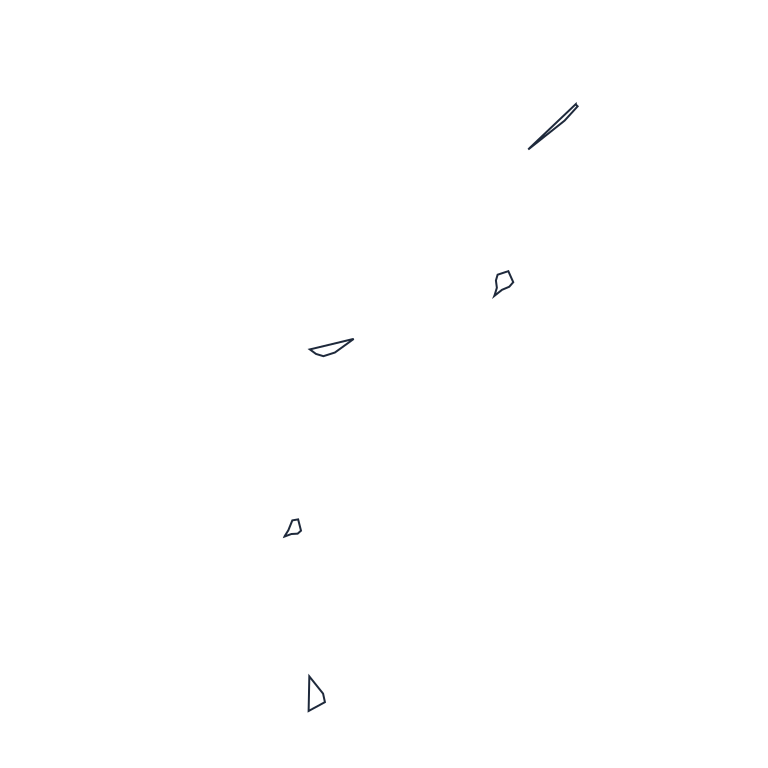 the Atoll of Noonu, rotated 202°
{"feature_id": "MDV-5227", "entity_name": "Noonu", "entity_type": "Atoll", "adm_level": 1, "iso_a3": "MDV", "parent_name": "Maldives", "parent_adm1": "", "projection": "natural_earth1", "projection_center": [73.406, 5.842], "detail": "fine", "context": "isolated", "style": "outline", "palette": "slate", "viewbox_px": 768, "rotation_deg": 202, "n_neighbors": 0, "source": "natural_earth", "source_scale": "10m", "svg_char_len": 669}
<svg xmlns="http://www.w3.org/2000/svg" viewBox="0 0 768 768"><g transform="rotate(202 384 384)"><path d="M331.4,52.6L343.7,84.9L324.5,74.1L319.6,66.9L331.4,52.6ZM465.7,388.3L429.7,414.0L429.0,414.4L441.3,394.8L450.6,387.1L458.3,386.4L465.7,388.3ZM314.7,507.0L314.7,507.6L315.4,515.5L319.0,521.9L319.6,527.7L319.6,527.9L311.0,535.2L302.3,526.8L304.3,521.1L309.9,515.5L314.7,507.0ZM338.1,655.5L337.2,657.8L311.0,715.4L310.8,715.0L309.2,714.3L309.0,714.2L308.5,714.0L315.2,695.9L338.1,655.5ZM419.1,205.3L419.1,205.7L417.9,212.5L417.9,218.7L417.9,223.2L412.9,226.3L406.0,216.9L408.0,212.9L413.7,210.2L419.1,205.3Z" fill="none" stroke="#1e293b" stroke-width="2"/></g></svg>